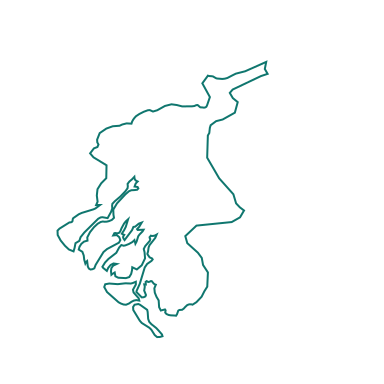 the State of Rivers, rotated 55°
{"feature_id": "NGA-2844", "entity_name": "Rivers", "entity_type": "State", "adm_level": 1, "iso_a3": "NGA", "parent_name": "Nigeria", "parent_adm1": "", "projection": "natural_earth1", "projection_center": [6.981, 5.031], "detail": "fine", "context": "isolated", "style": "outline", "palette": "teal", "viewbox_px": 384, "rotation_deg": 55, "n_neighbors": 0, "source": "natural_earth", "source_scale": "10m", "svg_char_len": 4619}
<svg xmlns="http://www.w3.org/2000/svg" viewBox="0 0 384 384"><g transform="rotate(55 192 192)"><path d="M284.6,256.2L283.6,257.0L282.4,258.8L281.9,260.7L282.3,263.6L282.8,265.7L282.8,267.7L281.4,270.0L281.3,271.3L283.6,274.5L284.2,276.1L283.6,276.6L280.8,280.2L279.3,281.7L277.3,282.9L275.4,283.1L273.8,281.5L272.7,281.5L271.2,285.5L267.5,285.0L261.7,281.5L257.5,281.2L253.1,280.2L249.3,278.1L247.2,274.8L246.2,275.5L245.0,275.9L242.0,276.1L241.4,276.7L241.2,278.1L240.6,279.5L239.0,280.2L239.0,281.5L240.1,282.2L241.3,282.9L240.3,284.1L242.5,285.0L245.3,287.7L250.0,288.8L250.8,290.1L250.5,291.9L249.5,293.6L242.0,294.9L241.1,293.9L237.3,287.5L226.7,274.0L225.2,270.0L225.2,264.7L224.7,262.9L223.6,262.8L221.2,264.2L217.5,264.2L217.0,264.0L215.6,262.2L212.5,259.3L211.2,257.3L208.5,248.4L206.6,245.4L206.4,247.3L205.6,249.2L204.7,250.5L204.2,250.7L204.7,252.7L205.6,253.1L206.7,253.2L207.8,254.6L209.5,261.4L211.0,264.2L214.1,265.4L219.4,268.5L223.2,275.2L223.8,281.6L219.4,284.1L221.6,285.9L224.2,288.8L225.7,292.2L224.6,295.6L219.9,301.6L217.1,303.1L213.6,301.5L213.5,304.5L213.6,305.5L210.4,303.8L208.1,301.7L207.1,298.8L207.8,294.9L205.5,297.3L205.1,300.5L206.0,304.0L207.8,307.0L203.2,308.3L201.9,308.3L199.9,303.7L198.9,298.8L198.4,288.9L195.7,283.5L194.9,280.3L196.8,278.8L197.5,277.2L198.4,273.5L198.8,269.5L198.4,266.8L199.3,267.2L200.9,267.6L201.9,268.0L200.8,265.8L197.4,261.4L196.7,259.3L195.9,255.0L195.1,253.3L191.9,258.3L190.9,258.3L190.2,255.1L188.2,250.7L187.4,253.7L187.8,258.4L187.0,260.0L188.9,263.1L192.7,274.8L190.9,274.8L189.7,274.5L188.9,273.8L188.2,272.1L187.5,272.6L185.9,273.4L184.4,269.7L182.6,266.3L177.7,260.0L178.1,263.2L178.9,265.8L181.3,270.6L182.7,272.7L183.3,273.9L183.6,275.4L182.9,277.1L181.8,278.1L181.2,279.2L182.4,281.5L184.1,278.4L187.2,277.5L190.3,278.3L191.6,280.9L190.0,294.3L190.4,298.9L196.4,312.7L198.5,315.8L198.2,317.7L197.3,319.6L195.6,320.4L193.4,320.1L191.6,319.2L188.4,317.5L188.5,318.4L188.8,319.3L189.4,320.4L185.6,319.1L181.9,317.1L178.1,316.1L174.2,317.8L172.3,315.5L171.0,312.4L170.7,308.9L171.9,305.5L169.1,303.8L166.4,298.6L164.6,292.5L163.9,287.5L164.2,284.0L165.0,282.0L166.2,280.7L167.4,278.8L168.2,276.8L168.9,273.7L168.4,270.7L165.6,269.4L161.3,266.6L158.3,260.0L155.7,247.9L155.2,243.1L155.8,240.6L157.5,237.9L158.7,235.6L158.3,233.9L156.7,233.7L154.6,235.9L153.0,233.7L152.5,232.3L152.2,230.5L150.8,231.3L149.4,231.6L147.9,231.3L146.5,230.5L147.2,233.8L147.5,237.3L148.4,240.1L150.5,241.3L152.0,242.7L153.2,246.2L154.6,253.3L155.3,260.6L156.0,264.0L157.5,265.4L159.7,266.7L161.9,269.8L165.0,276.1L161.2,279.9L160.4,281.5L160.1,284.2L163.4,303.4L165.1,309.2L167.4,312.3L167.1,316.8L170.5,320.3L172.7,323.1L168.5,325.8L163.2,326.9L156.4,327.4L150.2,326.7L146.5,324.3L146.0,321.5L146.6,309.9L147.4,308.5L147.6,307.6L147.3,306.6L145.7,305.1L145.3,304.3L145.3,297.5L145.9,294.3L149.7,282.6L150.1,280.5L149.9,274.8L147.7,278.0L145.8,274.9L140.3,272.0L135.5,267.8L132.8,261.4L131.5,254.3L121.1,246.7L107.1,252.8L101.9,253.3L100.0,247.3L100.9,243.7L99.5,241.4L97.0,241.1L94.7,239.7L90.8,233.8L90.9,225.8L92.7,219.2L96.2,213.3L96.7,210.4L98.3,206.2L101.3,202.4L100.0,200.7L99.0,198.7L98.3,196.6L97.8,194.4L97.9,190.4L98.6,185.5L99.7,181.3L100.7,179.6L103.7,177.8L105.1,173.6L106.0,164.8L108.4,158.5L112.1,154.5L116.2,151.0L121.8,142.9L122.9,140.8L123.3,138.7L124.0,137.5L127.2,136.7L127.9,136.1L128.3,135.4L129.8,133.8L130.3,132.7L130.4,131.4L129.9,130.4L129.4,129.6L124.5,122.9L108.9,121.2L106.0,112.7L105.8,112.3L106.8,111.5L108.5,109.4L109.4,108.5L112.5,107.1L113.4,106.4L116.8,102.3L118.0,100.1L118.9,97.6L119.6,92.2L120.2,88.2L123.6,79.2L128.0,56.6L133.0,61.8L138.6,62.3L136.6,69.0L131.4,99.9L132.5,104.2L138.5,104.7L144.6,103.0L151.6,111.4L150.2,125.3L147.8,131.6L148.0,138.4L149.6,140.5L153.6,144.0L154.8,146.6L172.6,159.9L196.4,161.9L217.6,159.4L226.6,162.4L232.0,161.6L237.0,160.0L240.3,167.2L239.4,176.7L222.1,207.6L224.3,222.8L231.2,225.2L245.1,222.0L251.6,221.8L258.1,224.8L267.0,225.1L278.3,233.8L280.4,238.8L283.3,244.2L284.8,251.6L284.6,256.2ZM240.8,297.5L248.5,296.6L250.7,297.5L248.6,299.6L247.6,301.9L247.2,304.6L247.2,307.6L246.5,310.7L244.9,312.6L242.6,314.2L240.2,315.4L225.2,319.0L219.5,318.4L217.8,316.0L219.5,312.3L224.9,305.7L228.6,298.9L231.9,294.6L232.6,292.7L233.3,289.5L235.6,291.1L238.2,296.4L240.8,297.5ZM285.9,298.9L291.5,298.3L293.2,298.9L292.3,301.5L290.8,303.8L287.8,304.6L281.4,304.3L278.8,304.8L270.4,308.3L267.4,308.6L255.0,307.8L252.4,306.2L251.4,303.7L253.0,300.2L254.7,299.2L262.8,296.3L264.8,297.1L270.8,300.7L273.8,301.5L276.9,301.1L283.0,299.3L285.9,298.9Z" fill="none" stroke="#0f766e" stroke-width="2"/></g></svg>